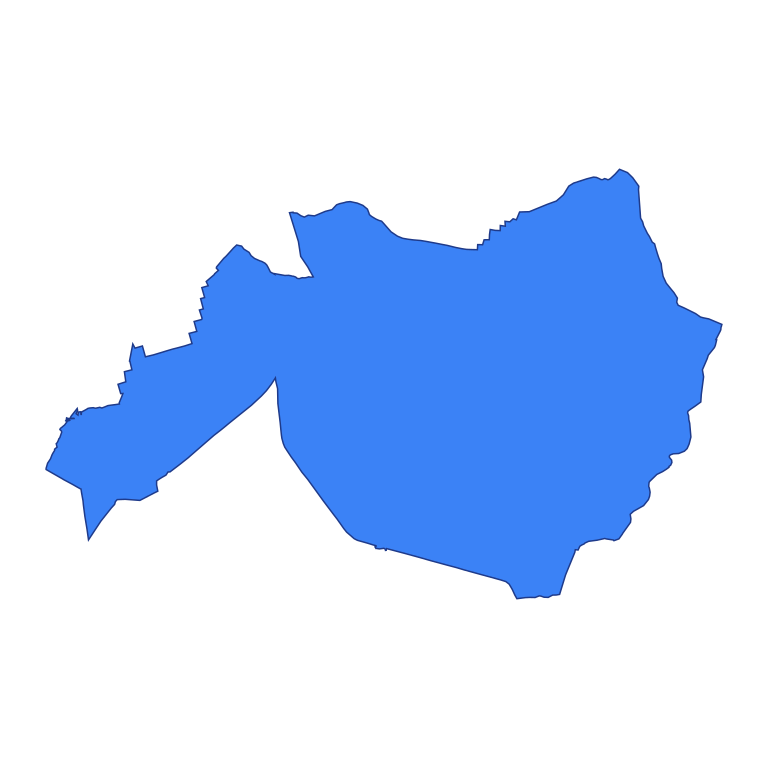 outline of Zinacatepec, Puebla, Mexico
{"feature_id": "50627088B86933988518350", "entity_name": "Zinacatepec", "entity_type": "district", "adm_level": 2, "iso_a3": "MEX", "parent_name": "Mexico", "parent_adm1": "Puebla", "projection": "mercator", "projection_center": [-97.237, 18.327], "detail": "fine", "context": "isolated", "style": "filled", "palette": "blue", "viewbox_px": 768, "rotation_deg": 0, "n_neighbors": 0, "source": "geoboundaries", "source_scale": "gbopen_adm2", "svg_char_len": 5757}
<svg xmlns="http://www.w3.org/2000/svg" viewBox="0 0 768 768"><path d="M46.1,469.5L53.4,473.7L62.0,478.6L63.6,479.6L68.3,482.1L73.1,484.7L76.4,486.6L80.9,489.1L81.0,489.1L81.6,493.0L83.0,500.7L83.4,505.0L84.9,516.5L87.0,529.1L88.5,539.9L96.0,528.5L100.9,521.1L111.3,508.0L114.6,504.4L115.4,501.6L117.2,499.6L125.2,499.3L139.9,500.4L153.5,493.3L157.8,491.2L156.6,485.0L156.6,480.9L159.7,478.8L162.1,477.3L166.0,475.1L168.0,472.0L170.0,471.9L180.6,463.8L188.4,457.6L189.6,456.5L195.8,451.1L205.7,442.5L213.9,435.4L221.6,429.4L229.6,422.8L241.4,413.3L241.8,413.0L247.4,408.5L251.5,405.2L253.0,403.8L257.2,399.9L261.4,396.0L266.4,390.7L271.4,384.1L275.4,377.9L275.9,381.6L277.6,388.7L277.9,403.6L280.2,422.8L280.8,429.1L281.4,435.0L281.9,438.4L283.3,443.5L284.8,447.2L287.8,451.8L291.4,457.2L295.6,462.9L301.9,472.2L307.6,479.2L307.9,479.6L323.4,501.0L333.5,514.4L337.2,519.2L343.8,528.6L346.6,532.1L354.2,538.7L357.4,540.3L367.6,543.2L373.4,545.0L376.0,545.7L376.1,546.2L375.0,546.9L376.0,548.5L376.6,548.4L377.4,548.6L379.4,548.9L383.9,548.3L385.4,549.3L385.5,550.4L386.2,550.3L386.3,549.7L386.6,548.6L392.3,550.1L405.1,553.5L419.7,557.5L431.2,560.8L446.3,564.9L456.5,567.6L464.5,570.0L475.4,573.0L500.6,579.9L505.9,581.6L509.2,584.2L512.3,589.5L514.8,595.0L516.9,598.7L525.4,597.6L529.8,597.4L535.1,597.5L539.2,595.9L540.9,596.1L544.0,597.2L548.2,597.4L552.6,595.1L556.3,595.0L559.6,594.4L565.5,575.1L566.5,572.6L574.8,552.4L575.3,549.7L578.1,550.0L579.8,546.3L581.6,545.1L584.3,543.8L585.0,543.0L588.7,541.3L597.1,540.2L604.7,538.5L604.9,538.5L606.1,538.9L612.8,539.9L613.1,539.9L613.9,540.7L618.9,538.9L622.2,534.3L622.8,533.2L630.5,522.4L630.9,518.9L630.2,514.3L633.5,511.3L643.6,505.6L648.4,499.6L649.6,496.2L650.1,492.2L649.3,488.0L649.2,487.7L648.7,486.4L648.9,483.9L649.1,482.3L649.7,481.4L656.9,474.4L662.6,471.6L666.1,469.4L669.0,467.3L669.0,466.4L670.6,465.3L671.9,462.5L671.6,460.1L670.3,458.5L669.4,457.3L669.3,456.1L670.3,454.9L673.3,453.8L678.7,453.5L684.4,451.2L687.1,448.6L689.1,444.1L690.1,440.2L690.9,437.0L690.5,432.4L689.7,423.3L688.8,419.5L688.6,415.7L687.6,412.9L687.9,411.3L689.1,410.3L690.9,409.0L694.9,406.3L700.8,402.0L701.3,394.4L703.6,376.8L702.4,369.8L707.2,358.7L708.3,355.2L714.4,347.6L715.3,345.5L716.7,339.8L715.9,339.6L720.2,331.2L720.8,329.8L721.0,327.4L721.4,326.4L721.5,325.9L721.9,324.4L708.8,318.9L703.3,317.8L700.4,317.0L695.6,313.6L684.3,308.0L678.2,305.3L676.7,302.2L677.4,298.1L674.0,292.7L670.7,288.7L666.2,283.1L663.1,276.3L661.7,268.5L661.2,263.7L659.0,258.5L657.4,253.7L655.7,248.0L654.6,243.9L652.2,242.1L650.2,238.1L649.3,236.3L647.4,233.4L643.7,225.9L642.6,221.8L640.6,218.2L638.5,189.7L638.8,186.2L632.7,177.7L627.5,172.6L619.5,169.3L615.0,174.3L610.9,178.1L609.3,179.3L607.9,179.8L606.4,179.1L604.5,178.6L602.8,179.6L601.1,179.6L599.2,178.6L596.4,177.4L593.5,177.1L586.9,178.8L573.6,183.1L568.8,186.1L563.4,194.8L556.4,201.0L547.1,204.4L529.3,211.7L519.6,212.0L516.4,219.8L513.1,218.8L509.8,221.8L505.0,221.3L505.3,226.2L500.3,225.5L500.2,230.6L495.2,230.4L490.2,229.5L489.5,234.6L489.3,239.7L484.1,239.8L482.6,244.7L477.7,244.6L477.4,249.7L472.3,249.6L466.7,249.4L464.5,249.1L461.9,248.7L455.8,247.5L447.3,245.4L442.5,244.5L435.4,243.1L430.4,242.2L426.1,241.4L420.6,240.5L413.4,239.9L407.9,239.2L402.7,238.3L397.5,236.2L394.1,233.9L391.1,231.9L383.8,223.6L381.6,221.2L378.9,220.4L375.8,219.0L371.5,216.4L369.4,214.6L368.8,212.7L367.4,209.1L362.9,205.4L357.3,203.1L350.2,201.6L346.3,202.0L344.3,202.6L339.5,203.7L336.6,204.8L334.4,207.1L332.1,209.6L325.2,211.4L314.5,215.9L308.2,215.2L304.3,217.1L300.8,215.7L297.0,213.1L293.1,212.8L293.0,212.2L289.5,212.7L298.4,241.5L300.7,256.4L307.7,266.8L308.6,268.4L309.5,270.1L310.4,271.7L311.3,273.3L312.5,275.5L313.3,276.9L312.9,277.0L312.3,277.1L311.8,277.1L311.1,277.2L310.2,277.1L309.2,276.9L308.3,276.9L308.0,277.1L306.9,277.4L306.1,277.6L305.2,277.8L304.6,277.8L303.4,277.8L302.6,277.7L302.1,277.7L301.6,277.9L300.9,278.1L300.4,278.2L300.0,278.5L299.3,278.6L298.5,278.6L297.8,278.5L297.3,278.3L296.8,278.1L296.5,277.8L296.3,277.5L296.0,277.3L295.5,277.0L294.9,276.7L294.4,276.6L293.7,276.3L293.1,276.2L292.6,276.2L291.8,276.0L291.1,275.8L290.6,275.7L290.2,275.6L289.6,275.5L288.9,275.4L288.2,275.3L287.6,275.4L286.9,275.4L286.1,275.4L285.0,275.5L273.8,273.5L274.1,274.0L272.6,273.2L270.4,272.0L267.9,267.0L266.7,264.9L265.0,263.2L261.9,261.5L259.8,260.8L254.6,258.5L251.1,255.7L249.1,252.4L243.9,249.1L241.6,246.1L239.3,245.6L236.7,245.0L233.5,248.0L230.0,251.9L225.8,256.5L223.8,258.3L216.6,266.9L216.3,268.1L218.4,270.4L214.6,273.8L214.4,274.3L213.9,274.9L206.2,281.5L208.2,285.8L201.8,287.6L204.5,297.1L204.6,297.6L200.6,298.6L203.3,308.9L199.4,310.0L202.0,318.0L201.9,319.1L201.6,319.5L194.1,321.5L196.8,331.4L189.1,333.4L192.0,343.6L184.5,346.0L176.6,348.1L172.6,349.1L166.2,351.0L161.0,352.6L153.4,354.9L145.4,356.8L142.4,346.0L135.0,348.1L132.8,344.0L129.5,361.1L129.9,361.3L131.9,369.8L124.4,371.7L125.8,381.8L118.0,384.3L120.7,393.6L122.9,393.5L121.6,397.0L119.2,402.8L119.4,404.0L115.4,404.6L111.4,405.1L107.9,405.6L104.8,406.9L101.9,408.0L99.7,407.3L98.5,407.6L95.7,408.2L94.8,408.1L93.3,407.7L89.8,408.0L87.9,408.4L86.4,409.4L81.4,412.1L81.3,414.4L81.0,414.4L80.6,411.8L78.4,412.0L78.0,415.1L76.1,413.7L77.6,410.4L77.2,408.5L71.4,415.8L69.8,418.5L71.6,418.3L73.9,418.3L74.0,418.5L72.1,418.6L71.7,418.7L71.1,418.6L69.7,418.8L67.1,418.1L66.6,417.9L66.4,419.1L69.6,420.2L69.7,420.3L68.7,420.8L67.8,420.5L66.2,420.0L65.7,420.8L66.0,421.0L67.0,421.4L67.1,421.6L64.6,425.0L60.3,428.5L59.9,429.6L61.4,430.9L61.7,432.2L59.8,437.7L58.8,438.9L58.4,440.2L57.2,442.7L56.2,443.7L56.6,445.2L56.7,445.9L57.1,447.1L54.6,449.2L54.6,450.5L53.0,453.0L52.0,454.9L50.5,458.8L47.6,463.2L46.1,468.3L46.1,469.5Z" fill="#3b82f6" stroke="#1e3a8a" stroke-width="1.5"/></svg>